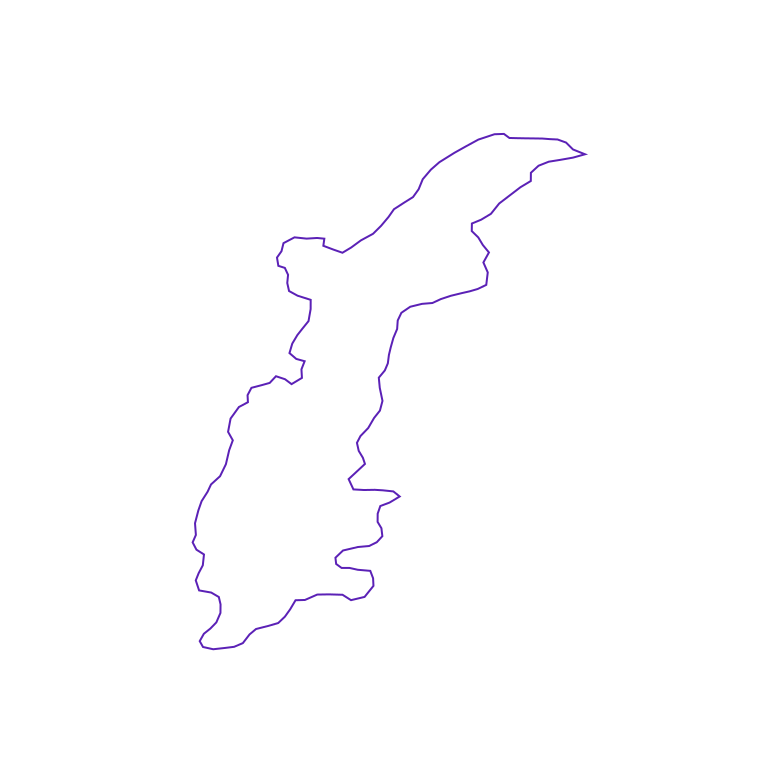 Piranguinho, Minas Gerais, Brazil (Equal Earth projection), rotated 239°
{"feature_id": "56859067B29360452695295", "entity_name": "Piranguinho", "entity_type": "district", "adm_level": 2, "iso_a3": "BRA", "parent_name": "Brazil", "parent_adm1": "Minas Gerais", "projection": "equal_earth", "projection_center": [-45.586, -22.378], "detail": "fine", "context": "isolated", "style": "outline", "palette": "violet", "viewbox_px": 768, "rotation_deg": 239, "n_neighbors": 0, "source": "geoboundaries", "source_scale": "gbopen_adm2", "svg_char_len": 2348}
<svg xmlns="http://www.w3.org/2000/svg" viewBox="0 0 768 768"><g transform="rotate(239 384 384)"><path d="M477.4,674.6L487.7,666.8L497.2,664.4L504.2,658.7L508.4,652.4L512.8,646.2L517.4,638.8L522.1,631.2L526.3,624.5L530.3,618.2L536.6,615.6L541.2,607.3L543.0,599.2L544.9,590.8L545.5,576.6L545.9,563.5L545.6,545.7L543.6,534.6L539.6,522.7L533.1,514.0L529.3,505.2L529.1,495.0L528.7,482.6L524.8,473.8L521.1,463.0L518.4,452.0L519.0,438.2L517.9,426.2L517.9,416.0L525.1,410.0L533.7,403.2L539.3,407.7L543.6,401.9L548.5,392.5L555.8,382.8L556.5,370.4L550.6,364.5L547.5,357.4L539.7,354.3L534.6,358.8L527.0,358.0L520.4,353.1L512.6,350.5L504.2,355.4L493.9,364.5L486.0,359.7L476.8,351.7L473.4,342.4L470.6,335.0L465.9,326.2L459.2,318.9L450.7,321.7L444.4,327.7L439.1,320.8L431.5,316.8L431.5,304.7L439.1,301.6L446.3,295.4L443.8,286.6L446.0,278.6L449.0,268.4L444.7,261.3L438.5,258.0L439.0,247.8L433.4,234.7L423.3,225.7L413.6,225.4L407.0,217.2L396.7,207.2L389.4,196.0L387.0,184.0L382.5,177.3L377.5,167.3L371.2,159.7L362.0,150.3L351.5,145.0L346.8,138.4L338.6,137.9L330.6,141.9L321.9,135.3L317.3,127.7L312.6,121.5L302.3,119.2L294.2,128.5L286.5,132.7L279.3,130.4L272.0,125.9L266.0,117.5L263.8,109.2L262.7,101.0L258.5,93.6L251.8,93.4L244.6,101.0L239.5,112.1L235.9,120.2L234.6,129.6L238.6,139.8L239.9,148.1L236.3,160.0L233.6,170.2L235.6,179.2L239.2,187.5L244.2,196.8L239.6,205.0L237.9,218.3L232.0,228.5L224.7,239.9L215.7,244.4L211.5,257.7L216.4,271.0L223.1,274.6L230.9,276.0L238.3,265.8L244.2,259.6L248.2,252.9L254.4,250.3L260.1,252.9L262.4,263.1L257.7,277.7L252.8,287.8L252.1,296.4L254.4,304.2L261.7,307.5L269.1,307.5L276.1,311.8L281.3,318.0L279.5,327.7L279.5,339.5L287.1,336.7L293.5,328.2L298.1,321.5L303.4,312.3L309.4,303.5L320.7,304.7L323.2,316.6L325.3,326.5L331.6,327.9L339.7,327.9L347.5,330.5L351.5,337.0L354.4,347.8L360.0,358.0L363.3,366.8L370.3,374.0L382.9,378.4L392.1,382.8L395.2,391.7L399.7,397.9L406.4,403.2L411.9,408.6L418.6,415.7L424.4,423.6L431.4,428.5L436.1,435.6L436.7,446.3L433.1,457.9L428.5,467.2L427.5,476.5L425.2,486.7L421.8,497.6L419.3,505.2L417.2,513.2L416.3,522.7L426.2,530.4L437.0,531.8L442.7,541.7L452.3,540.3L461.1,540.3L469.9,538.0L476.3,542.0L474.8,551.9L474.8,563.3L479.4,575.7L481.0,589.9L482.4,602.3L482.4,614.4L489.4,618.7L491.5,628.9L489.7,639.7L485.4,650.4L480.7,662.6L477.4,674.6Z" fill="none" stroke="#5b21b6" stroke-width="2"/></g></svg>